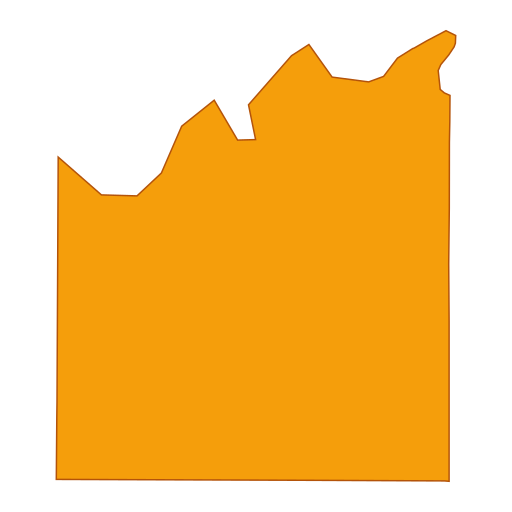 Clay, Missouri, United States of America (Mercator projection), rotated 180°
{"feature_id": "52423323B79927186456067", "entity_name": "Clay", "entity_type": "district", "adm_level": 2, "iso_a3": "USA", "parent_name": "United States of America", "parent_adm1": "Missouri", "projection": "mercator", "projection_center": [-94.495, 39.283], "detail": "fine", "context": "isolated", "style": "filled", "palette": "amber", "viewbox_px": 512, "rotation_deg": 180, "n_neighbors": 0, "source": "geoboundaries", "source_scale": "gbopen_adm2", "svg_char_len": 646}
<svg xmlns="http://www.w3.org/2000/svg" viewBox="0 0 512 512"><g transform="rotate(180 256 256)"><path d="M62.9,30.7L62.9,141.7L62.9,190.8L63.3,247.9L63.0,276.3L62.7,303.7L62.6,369.5L62.2,390.4L62.0,416.6L67.7,419.1L71.8,422.6L73.8,441.5L71.2,447.4L63.3,457.0L57.9,465.1L56.6,468.8L56.3,476.5L66.0,481.3L85.0,471.3L97.9,463.9L99.2,463.5L114.5,453.9L128.4,435.6L143.4,430.1L179.9,434.9L203.1,467.5L220.5,456.3L263.5,407.2L256.4,372.4L274.4,371.9L297.8,411.8L330.3,385.8L350.6,339.0L375.0,316.1L410.6,317.1L453.8,354.9L455.0,109.6L455.2,94.5L455.7,32.6L201.3,31.7L67.7,31.1L62.9,30.7Z" fill="#f59e0b" stroke="#b45309" stroke-width="1.5"/></g></svg>